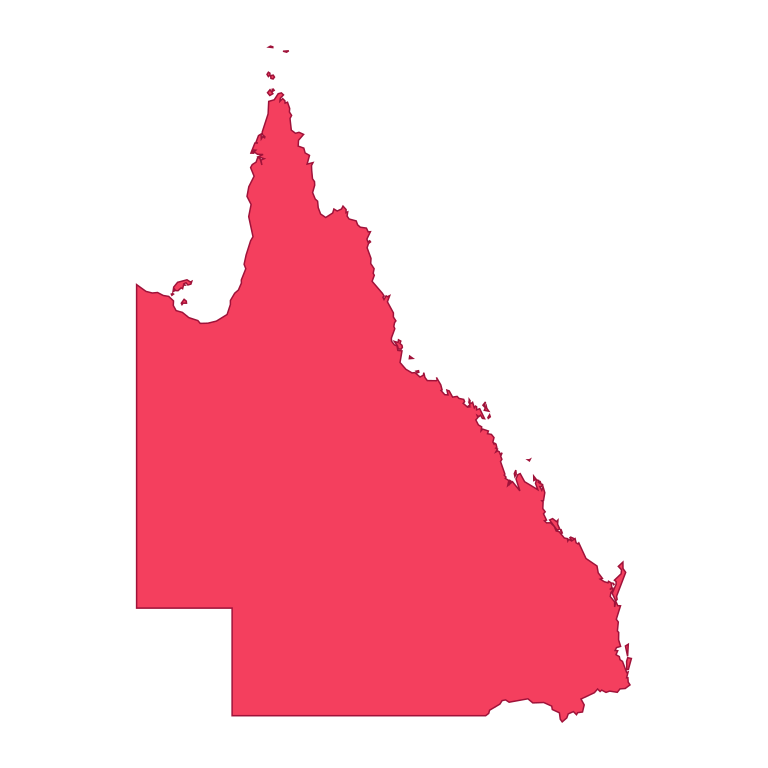 the border of Queensland
{"feature_id": "AUS-2657", "entity_name": "Queensland", "entity_type": "State", "adm_level": 1, "iso_a3": "AUS", "parent_name": "Australia", "parent_adm1": "", "projection": "mercator", "projection_center": [147.106, -19.205], "detail": "fine", "context": "isolated", "style": "filled", "palette": "rose", "viewbox_px": 768, "rotation_deg": 0, "n_neighbors": 0, "source": "natural_earth", "source_scale": "10m", "svg_char_len": 6121}
<svg xmlns="http://www.w3.org/2000/svg" viewBox="0 0 768 768"><path d="M136.6,284.6L146.0,291.4L152.3,293.0L157.5,292.5L163.3,295.5L168.7,296.4L173.5,300.9L173.3,305.5L176.1,310.6L182.4,312.4L188.8,317.6L197.9,320.6L200.2,323.4L207.9,323.2L216.4,321.1L227.1,314.5L230.4,304.5L230.4,300.5L234.7,293.2L238.4,290.0L241.4,283.1L241.3,280.0L245.8,268.7L244.1,264.3L246.1,255.0L250.6,240.8L253.0,236.7L248.7,216.6L251.1,204.5L247.0,196.4L248.8,186.7L254.1,176.2L250.6,167.6L252.2,164.6L256.1,162.1L257.8,157.2L260.1,158.8L261.9,165.0L260.9,160.1L264.2,158.7L258.3,156.7L263.1,154.5L257.5,154.3L254.1,151.8L255.8,150.2L253.0,150.0L253.0,152.6L254.3,153.2L250.9,153.1L254.9,143.0L257.8,143.1L256.0,142.2L258.5,135.6L261.1,134.0L261.3,138.9L262.7,136.7L264.6,137.8L264.9,136.8L262.4,134.6L262.2,132.1L268.1,113.9L268.7,101.4L274.2,99.8L278.2,93.7L281.4,92.9L283.5,94.9L280.3,98.2L279.9,101.3L282.7,98.6L284.9,100.8L285.1,103.1L287.5,102.2L289.7,108.5L289.4,112.0L291.6,115.4L290.0,118.5L291.3,130.1L295.5,133.3L299.0,132.3L303.6,134.4L298.5,140.3L298.2,146.1L303.8,148.1L305.1,152.9L309.5,155.4L307.1,164.1L313.0,162.6L311.5,165.5L311.7,170.5L312.5,178.8L314.5,181.6L314.7,185.2L312.6,192.6L315.2,199.0L317.6,201.2L318.2,207.6L320.6,214.0L325.7,217.5L332.7,213.0L333.9,209.0L337.2,211.0L341.5,209.0L343.0,206.1L346.1,209.5L346.0,212.7L347.7,211.9L347.1,216.1L349.1,219.0L356.2,220.9L357.6,224.8L360.3,227.2L366.4,228.1L368.2,231.9L370.4,231.7L366.9,239.1L367.9,241.9L369.7,240.8L370.5,241.9L368.5,243.5L367.1,247.8L371.0,258.4L370.7,263.5L374.1,268.7L373.2,273.3L374.3,275.3L372.1,281.3L382.3,293.2L384.1,296.0L382.9,297.2L384.0,299.5L386.1,295.9L387.4,296.7L389.7,295.6L387.4,301.8L393.4,312.9L393.4,317.0L395.9,320.9L394.6,322.6L393.8,326.4L394.8,328.7L391.4,338.0L391.5,341.1L394.4,344.9L397.0,345.9L397.8,350.4L402.0,350.9L400.0,362.5L405.9,369.3L412.0,372.9L414.9,372.6L420.0,377.0L423.3,375.3L423.8,372.7L424.9,377.4L427.3,380.6L436.4,380.7L437.3,379.5L436.4,377.4L440.8,384.9L442.1,389.9L441.0,390.5L444.8,394.7L448.0,394.9L446.9,390.1L449.2,390.9L452.6,397.1L457.1,396.4L459.0,398.4L463.7,399.4L464.6,401.7L463.2,403.3L467.6,407.2L469.6,406.8L468.3,406.1L470.0,405.0L469.0,402.6L471.4,403.3L472.6,402.3L474.3,407.8L475.5,406.1L476.6,406.8L476.6,409.8L479.7,408.7L484.6,418.7L482.4,418.4L480.5,415.2L478.9,416.6L477.1,415.4L477.9,417.5L475.8,419.9L478.4,424.9L481.7,426.9L481.1,430.8L482.7,429.1L488.4,431.0L487.5,433.7L491.4,434.4L494.0,437.6L492.9,442.0L494.1,444.1L494.7,443.2L496.0,444.1L496.8,447.4L495.8,448.1L497.5,449.0L495.9,451.9L497.7,450.9L499.2,451.7L500.3,454.4L502.1,452.8L500.7,456.3L501.9,459.3L500.5,461.5L504.9,474.1L504.2,475.1L506.0,477.1L505.3,478.4L508.8,480.5L507.7,485.7L512.5,481.7L519.9,490.9L516.0,478.9L517.8,474.7L520.2,473.6L524.6,481.7L537.8,489.7L535.5,483.4L536.5,479.8L538.7,480.5L538.3,482.2L539.6,483.1L540.0,481.0L540.9,483.8L542.5,484.5L541.5,486.6L539.8,486.6L541.8,490.3L543.1,486.9L544.8,492.7L543.5,500.6L541.9,500.8L543.1,502.0L542.8,508.6L545.2,511.8L543.5,513.8L546.5,520.1L544.4,520.8L546.6,522.9L550.6,522.8L554.3,526.5L556.2,531.0L559.1,531.7L564.3,538.0L567.4,538.6L567.8,541.0L568.8,539.4L572.3,541.3L569.9,537.7L570.7,537.1L573.6,538.4L573.2,539.9L575.1,538.6L576.1,542.8L578.0,543.9L578.8,542.9L586.0,558.5L597.0,566.0L598.2,572.8L602.4,578.4L600.2,579.1L604.3,581.7L608.0,582.8L608.5,581.3L611.2,582.9L611.8,587.5L609.8,589.5L612.7,588.2L612.8,590.3L610.9,592.5L610.2,596.5L614.6,601.9L614.6,607.0L615.9,601.6L617.8,605.7L620.5,605.8L616.3,619.3L618.3,622.0L617.4,631.0L618.7,632.4L618.6,639.8L620.6,646.4L616.5,647.6L615.1,650.5L617.7,650.7L616.0,654.7L619.3,656.6L620.0,659.7L622.5,661.4L626.7,672.6L628.1,672.0L626.6,677.8L627.9,677.7L628.2,682.1L630.0,684.9L625.2,688.5L620.0,688.9L617.3,692.3L609.6,691.1L606.0,692.4L601.7,690.1L600.1,691.5L597.6,689.0L594.4,692.7L581.0,699.0L584.2,704.9L582.5,712.0L577.6,712.7L576.5,714.7L573.4,711.6L568.2,713.9L566.8,717.9L562.2,721.9L560.3,719.3L559.4,712.8L552.3,709.5L551.7,706.1L543.7,702.5L532.8,702.9L527.9,698.8L509.1,702.2L505.6,699.9L502.1,700.6L499.9,704.1L489.6,710.2L488.7,713.4L485.7,715.7L232.1,715.7L232.1,608.1L136.6,608.1L136.6,284.6ZM625.7,572.4L616.6,596.2L617.1,599.5L615.7,600.9L612.2,593.3L616.1,584.4L616.1,581.5L614.4,580.2L621.1,573.8L621.5,569.8L618.3,566.4L622.9,562.1L623.0,568.5L625.7,572.4ZM191.8,281.3L190.9,284.1L187.9,285.0L186.0,282.7L183.9,283.8L185.1,285.1L183.5,285.1L182.6,288.7L181.1,287.9L178.0,290.7L175.6,290.6L174.1,288.6L174.2,291.0L173.0,291.7L173.7,287.1L177.6,282.3L187.0,279.8L190.4,282.0L191.8,281.3ZM557.6,524.2L559.8,529.1L557.1,530.1L549.6,520.0L552.6,518.6L556.5,521.6L557.9,520.1L557.6,524.2ZM402.0,345.3L402.4,347.3L401.1,349.2L398.3,348.8L397.5,345.8L394.3,341.4L398.1,342.5L398.5,339.8L400.8,341.1L400.0,343.5L402.0,345.3ZM627.7,657.7L631.4,658.5L628.4,669.4L626.8,669.6L626.6,661.3L627.7,657.7ZM627.6,656.3L625.4,646.0L628.3,644.2L627.6,656.3ZM270.0,89.7L272.9,93.7L269.8,95.5L267.5,92.7L270.0,89.7ZM186.3,301.1L186.5,303.2L183.1,303.2L182.0,304.6L181.3,303.2L184.1,299.3L186.3,301.1ZM273.2,75.1L274.5,77.1L273.1,79.0L270.9,78.4L270.7,75.6L273.2,75.1ZM488.8,411.2L484.3,410.3L486.2,405.7L486.8,408.3L488.8,411.2ZM269.9,73.2L269.9,75.2L268.4,76.6L267.0,74.4L268.4,72.2L269.9,73.2ZM283.0,51.2L288.8,50.8L286.6,52.2L283.0,51.2ZM515.8,470.1L516.2,474.2L514.9,476.5L514.3,473.6L515.8,470.1ZM533.7,476.1L536.1,479.2L533.8,480.5L533.7,476.1ZM485.5,401.9L484.2,406.6L482.9,405.2L485.5,401.9ZM270.5,46.1L272.8,46.8L272.8,47.6L268.7,47.1L270.5,46.1ZM409.7,356.1L412.9,358.4L409.3,358.7L409.7,356.1ZM418.5,370.7L418.8,372.3L417.3,372.7L416.0,371.2L418.5,370.7ZM272.2,89.3L273.3,89.1L274.2,90.4L272.6,91.3L272.2,89.3ZM560.9,529.1L562.5,533.6L560.7,531.0L560.9,529.1ZM509.8,480.4L511.0,481.2L509.7,483.8L509.2,481.9L509.8,480.4ZM489.6,414.7L490.3,416.8L488.3,418.4L487.9,417.5L489.6,414.7ZM469.2,399.4L470.1,400.7L469.8,402.1L469.2,401.9L469.2,399.4ZM527.8,459.8L529.3,459.8L530.2,459.3L529.4,460.9L527.8,459.8ZM171.3,294.1L172.7,293.6L173.5,294.1L171.9,295.3L171.3,294.1ZM612.4,582.6L614.1,584.3L613.7,584.7L612.4,582.6Z" fill="#f43f5e" stroke="#9f1239" stroke-width="1.5"/></svg>